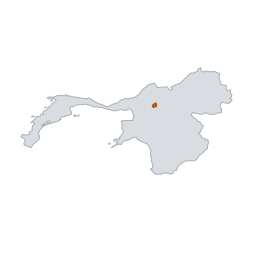 location of Hankha, Chai Nat, Thailand, rotated 83°
{"feature_id": "78962969B11374583847622", "entity_name": "Hankha", "entity_type": "district", "adm_level": 2, "iso_a3": "THA", "parent_name": "Thailand", "parent_adm1": "Chai Nat", "projection": "natural_earth1", "projection_center": [99.977, 15.032], "detail": "fine", "context": "in_parent", "style": "filled", "palette": "amber", "viewbox_px": 256, "rotation_deg": 83, "n_neighbors": 0, "source": "geoboundaries", "source_scale": "gbopen_adm2", "svg_char_len": 4505}
<svg xmlns="http://www.w3.org/2000/svg" viewBox="0 0 256 256"><g transform="rotate(83 128 128)"><path d="M110.8,22.3L111.0,23.4L112.0,22.0L113.2,21.3L115.7,24.4L115.9,25.7L114.2,30.5L114.4,32.1L115.6,33.4L117.0,34.2L118.4,34.0L121.2,32.6L124.2,33.5L124.0,36.7L125.1,41.8L123.6,47.0L122.2,49.6L123.3,51.8L123.4,53.9L120.5,62.1L121.1,62.7L122.9,63.6L123.7,63.3L126.7,60.1L130.1,57.6L131.1,55.5L133.3,54.8L135.2,53.0L139.6,56.2L140.7,56.5L141.3,57.1L141.5,58.4L142.1,58.7L143.9,56.8L146.9,55.6L148.1,52.8L149.5,52.0L149.3,50.6L149.8,50.1L152.2,49.9L156.0,51.4L157.3,51.7L157.9,51.4L163.9,60.4L167.7,63.8L168.7,66.2L167.8,72.2L167.9,75.7L168.8,78.3L170.4,80.1L171.6,82.7L176.1,85.2L175.7,85.9L176.0,87.5L178.8,89.4L179.0,90.0L178.7,92.5L177.5,94.3L177.2,95.8L177.2,97.7L177.9,100.5L177.1,106.4L175.4,108.0L173.3,109.2L172.1,110.8L171.3,110.4L170.8,108.8L168.5,107.9L163.9,108.7L161.6,108.3L158.6,108.9L155.6,108.6L153.9,108.0L148.9,109.2L146.8,110.4L145.3,112.1L143.1,116.4L140.8,119.0L140.9,120.1L138.1,120.7L138.2,124.4L139.8,128.4L140.3,133.4L143.5,136.9L142.9,139.4L143.3,141.8L145.7,147.3L144.0,144.7L143.6,142.9L141.5,140.1L140.8,141.5L138.4,139.4L137.3,137.4L137.0,138.3L134.5,135.4L132.1,133.8L130.7,133.1L127.2,134.1L122.8,133.3L121.1,134.1L120.4,133.6L120.0,132.7L121.2,122.3L117.4,121.0L116.8,120.3L115.9,121.1L112.2,121.5L109.5,123.5L109.2,125.0L110.4,127.9L108.8,133.1L109.4,137.9L109.2,140.6L107.3,144.0L106.8,146.7L104.7,150.9L103.3,156.1L102.9,159.2L100.4,163.8L99.8,166.4L98.9,167.4L99.3,169.5L98.8,175.9L100.4,180.5L100.0,182.7L101.7,183.4L105.9,182.0L107.2,182.4L108.1,184.9L109.2,192.5L110.9,194.8L111.3,193.7L112.1,194.9L112.8,197.1L114.9,209.1L116.1,212.2L114.8,211.4L114.0,207.7L112.8,207.5L113.2,205.1L112.5,204.3L111.3,204.9L111.3,206.8L114.6,212.8L116.6,212.9L119.2,215.6L122.0,217.5L125.5,216.8L128.0,217.4L129.4,219.1L131.7,223.1L135.5,226.5L134.9,228.6L133.5,230.3L132.7,232.5L131.7,233.2L130.2,233.2L128.7,231.3L125.0,233.0L124.2,234.8L123.2,235.2L121.5,233.3L121.7,232.2L122.7,230.6L122.4,226.5L120.2,226.4L118.7,223.3L118.2,223.0L117.1,223.5L113.6,222.0L112.6,220.1L111.5,220.2L110.8,223.6L107.7,219.1L105.5,217.3L105.8,214.0L104.3,213.2L103.7,212.3L104.3,210.3L102.2,210.6L101.3,210.1L100.1,206.5L99.1,205.1L97.8,205.1L97.4,204.4L97.5,202.6L94.2,200.1L93.1,197.3L91.6,196.0L90.6,196.4L89.6,198.4L88.9,198.3L88.2,197.7L87.3,194.9L87.4,189.9L88.4,187.0L89.0,182.3L90.5,178.4L93.7,167.0L93.8,162.5L99.2,156.0L102.8,148.7L104.0,147.6L104.5,146.2L102.6,140.3L101.8,136.2L101.9,135.1L99.6,132.3L99.0,129.1L98.4,128.1L98.2,127.1L99.1,125.2L98.6,118.2L96.1,113.3L91.6,108.9L87.6,102.3L87.0,99.9L86.9,96.6L90.1,94.4L91.4,94.2L91.9,84.3L94.7,82.4L95.3,81.6L95.6,79.9L94.9,79.0L93.1,80.6L92.7,80.3L90.5,74.4L90.0,70.9L81.0,59.0L81.5,57.0L80.1,51.8L78.8,51.7L77.9,50.8L77.0,48.5L78.7,48.8L81.6,47.5L81.1,42.5L82.3,39.6L82.5,34.8L84.6,32.0L84.9,30.6L86.1,30.4L87.7,31.4L89.3,31.5L96.0,30.3L96.9,29.0L97.3,26.3L97.9,25.5L99.4,25.3L101.2,25.8L103.0,24.8L102.7,21.7L105.9,22.2L107.9,20.8L110.8,22.3ZM89.8,199.8L89.3,203.5L88.0,204.3L87.6,202.1L88.4,198.6L88.7,199.4L89.8,199.8ZM110.2,178.0L110.0,179.8L108.8,180.4L108.5,178.4L110.2,178.0ZM138.1,141.0L139.5,143.6L137.9,143.3L137.6,140.9L138.1,141.0ZM105.1,222.4L104.4,221.3L105.0,219.6L105.6,221.7L105.1,222.4ZM91.9,200.2L91.6,202.2L91.0,199.4L91.9,200.2ZM110.2,176.4L109.6,176.2L109.1,175.0L109.8,175.1L110.2,176.4ZM97.4,206.3L98.1,208.7L97.3,207.5L97.4,206.3ZM141.7,147.8L141.5,149.3L140.8,148.7L141.2,147.5L141.7,147.8ZM88.3,185.4L87.5,185.9L88.1,184.5L88.3,185.4Z" fill="#d9dde1" stroke="#a8b0b8" stroke-width="1"/><path d="M110.4,100.2L110.4,99.9L110.4,99.7L110.3,99.4L110.3,99.2L110.3,98.9L110.3,98.7L110.2,98.7L110.1,98.4L110.1,98.2L109.9,98.1L109.9,97.9L109.8,97.7L109.7,97.6L109.8,97.6L109.7,97.6L109.8,97.5L109.8,97.4L109.6,97.4L109.4,97.3L109.2,97.3L108.9,97.3L108.7,97.5L108.4,97.5L108.3,97.4L108.2,97.3L108.0,97.5L107.9,97.5L107.7,97.5L107.4,97.5L107.4,97.4L107.3,97.5L107.2,97.5L107.2,97.4L107.0,97.5L106.9,97.5L106.7,97.5L106.7,97.8L106.8,98.0L107.0,98.2L107.0,98.3L107.1,98.5L107.2,98.8L107.3,98.8L107.5,98.9L107.5,99.0L107.7,99.3L107.8,99.5L108.0,99.5L108.3,99.6L108.5,99.7L108.6,99.8L108.6,100.0L108.8,100.2L108.7,100.2L108.7,100.3L108.8,100.3L108.9,100.5L108.8,100.8L108.7,100.8L108.8,100.9L109.0,100.8L109.3,100.9L109.6,100.9L109.8,100.8L109.8,100.7L109.9,100.4L109.7,100.3L109.7,100.2L109.8,100.2L110.0,100.1L110.2,100.3L110.3,100.3L110.3,100.2L110.4,100.2Z" fill="#f59e0b" stroke="#b45309" stroke-width="1.5"/></g></svg>